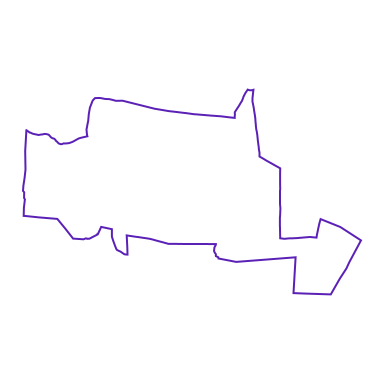 the district of Tapilula, Chiapas, Mexico
{"feature_id": "50627088B79605017756871", "entity_name": "Tapilula", "entity_type": "district", "adm_level": 2, "iso_a3": "MEX", "parent_name": "Mexico", "parent_adm1": "Chiapas", "projection": "albers", "projection_center": [-92.998, 17.25], "detail": "fine", "context": "isolated", "style": "outline", "palette": "violet", "viewbox_px": 384, "rotation_deg": 0, "n_neighbors": 0, "source": "geoboundaries", "source_scale": "gbopen_adm2", "svg_char_len": 3297}
<svg xmlns="http://www.w3.org/2000/svg" viewBox="0 0 384 384"><path d="M26.4,130.2L25.2,150.8L25.2,151.6L25.5,169.7L24.6,177.8L23.4,185.7L23.1,189.8L23.0,190.9L24.2,192.3L24.1,196.0L24.1,198.0L24.9,199.3L23.9,207.8L23.7,215.9L25.5,216.0L39.0,217.4L57.3,218.9L65.1,228.4L73.1,238.6L79.1,239.0L80.6,239.1L83.6,239.3L85.7,238.4L86.8,238.5L87.1,238.8L89.4,238.7L97.1,234.7L97.4,234.0L97.9,234.1L101.2,226.9L111.9,229.2L111.9,229.5L111.9,232.8L111.9,236.5L112.4,238.3L113.3,241.0L114.4,244.1L115.2,246.2L116.4,249.2L117.2,250.1L120.7,251.7L124.1,254.1L125.0,254.4L127.3,254.6L127.5,254.6L127.3,247.4L126.7,235.4L130.4,236.0L130.7,236.0L135.2,236.7L139.2,237.2L141.0,237.5L145.1,238.1L146.6,238.3L149.7,238.8L153.0,239.6L155.7,240.4L163.6,242.5L168.6,243.9L175.7,243.9L177.0,243.9L185.1,244.0L191.0,244.0L197.0,244.0L203.3,244.0L204.1,244.0L215.9,244.1L215.8,244.8L215.5,245.4L215.4,245.8L214.9,246.3L214.7,246.9L214.3,248.0L214.3,248.7L214.2,249.8L214.0,251.0L214.4,251.8L214.7,252.6L215.4,253.5L215.7,253.9L215.9,254.8L215.8,255.4L215.9,256.1L217.1,256.7L218.3,257.3L218.5,258.5L236.2,261.9L295.6,257.3L293.5,293.1L306.1,293.6L330.8,294.4L339.9,278.5L346.4,268.5L349.2,262.4L361.0,240.4L340.3,227.0L320.6,219.1L319.5,222.9L319.1,224.7L319.0,224.9L318.7,226.4L318.6,227.1L318.4,227.7L317.7,231.2L317.3,233.1L317.1,233.8L316.5,237.6L310.0,237.0L307.2,237.2L296.7,238.1L292.4,238.3L289.7,238.3L284.5,238.8L280.2,238.3L280.0,228.5L280.0,227.3L279.9,226.6L279.9,218.0L280.2,214.0L280.2,213.0L280.4,208.4L280.0,203.9L280.0,194.7L280.0,190.5L280.2,189.7L280.2,188.9L280.1,183.8L280.1,181.3L280.1,178.4L280.1,173.9L280.2,168.3L275.5,165.7L266.4,160.6L264.8,159.6L262.8,158.4L259.5,156.5L259.5,152.7L258.9,149.4L258.8,148.0L258.6,146.2L258.4,144.8L258.3,144.1L258.1,142.5L257.8,140.1L257.4,136.0L257.3,135.0L257.2,134.4L256.8,131.7L256.5,130.3L256.3,129.7L255.9,126.2L255.8,124.6L255.8,124.2L255.6,122.9L255.6,122.6L255.4,120.2L255.3,118.6L255.3,117.8L255.2,117.7L254.9,115.6L254.9,115.3L254.1,110.5L254.0,110.1L253.9,108.9L253.7,107.6L252.4,101.1L252.5,100.3L252.5,97.8L252.6,97.3L253.1,92.6L253.4,89.8L251.6,90.3L249.3,90.2L247.7,89.6L246.3,91.7L245.6,92.7L245.2,93.4L245.0,93.8L244.2,95.3L243.9,95.9L243.6,96.5L242.6,99.3L241.9,101.0L240.8,102.7L239.9,104.2L239.4,105.1L238.6,106.4L238.1,107.1L236.6,109.4L235.9,110.5L234.8,112.2L234.8,112.8L234.9,114.8L234.8,115.3L234.7,117.1L234.7,117.9L229.1,117.3L221.8,116.4L218.2,116.1L211.1,115.6L196.8,114.4L193.8,114.2L186.0,113.1L184.0,112.9L174.1,111.7L168.6,111.1L166.9,110.8L161.1,109.8L154.5,108.7L130.1,102.6L122.5,100.7L118.4,100.8L115.8,100.8L112.6,99.9L109.2,99.1L105.4,99.0L100.3,98.0L98.0,98.0L95.0,98.1L92.7,100.5L89.9,107.7L88.8,114.1L88.2,120.9L87.3,125.2L87.3,125.5L86.5,129.4L86.8,133.0L87.0,134.5L87.1,135.2L87.4,136.3L85.2,136.8L80.1,138.0L79.9,138.1L78.6,138.5L76.8,139.5L73.6,141.3L72.7,141.8L70.0,142.8L68.6,143.2L65.2,143.5L63.7,143.4L63.4,143.5L62.1,144.1L60.5,144.1L58.6,143.4L57.5,142.2L56.5,141.2L55.7,140.6L55.6,140.2L55.0,139.4L54.0,138.6L52.4,138.2L51.0,137.3L49.0,135.0L48.1,134.5L46.4,134.1L45.5,134.0L44.6,133.9L42.6,134.4L40.5,134.6L40.1,134.7L38.7,135.0L35.4,134.3L34.8,134.2L33.4,133.9L32.0,133.4L30.4,132.6L29.5,132.5L28.9,131.9L28.1,131.3L27.6,131.2L26.5,130.2L26.4,130.2Z" fill="none" stroke="#5b21b6" stroke-width="2"/></svg>